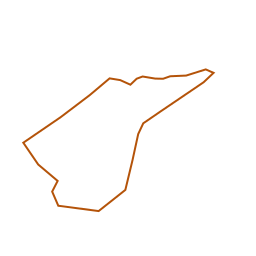 the border of Amolatar, rotated 145°
{"feature_id": "UGA-3070", "entity_name": "Amolatar", "entity_type": "County", "adm_level": 1, "iso_a3": "UGA", "parent_name": "Uganda", "parent_adm1": "", "projection": "albers", "projection_center": [32.647, 1.635], "detail": "fine", "context": "isolated", "style": "outline", "palette": "amber", "viewbox_px": 256, "rotation_deg": 145, "n_neighbors": 0, "source": "natural_earth", "source_scale": "10m", "svg_char_len": 464}
<svg xmlns="http://www.w3.org/2000/svg" viewBox="0 0 256 256"><g transform="rotate(145 128 128)"><path d="M199.7,76.8L229.7,104.3L226.6,119.4L216.0,125.0L222.5,149.6L222.2,176.0L177.0,175.5L140.4,176.9L114.6,179.2L106.9,171.7L101.2,162.1L92.6,163.4L86.5,161.8L77.4,152.9L71.0,148.2L63.8,146.2L50.3,137.6L30.7,131.4L26.3,124.1L39.8,122.1L92.0,122.9L112.8,123.1L123.1,117.2L142.6,99.2L165.7,78.8L199.7,76.8Z" fill="none" stroke="#b45309" stroke-width="2"/></g></svg>